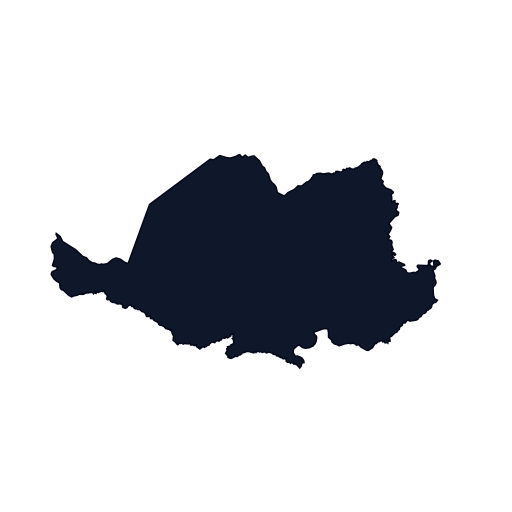 La Plata, Huila, Colombia (orthographic projection), rotated 40°
{"feature_id": "7082276B59987699383018", "entity_name": "La Plata", "entity_type": "district", "adm_level": 2, "iso_a3": "COL", "parent_name": "Colombia", "parent_adm1": "Huila", "projection": "orthographic", "projection_center": [-75.962, 2.328], "detail": "fine", "context": "isolated", "style": "filled", "palette": "ink", "viewbox_px": 512, "rotation_deg": 40, "n_neighbors": 0, "source": "geoboundaries", "source_scale": "gbopen_adm2", "svg_char_len": 6160}
<svg xmlns="http://www.w3.org/2000/svg" viewBox="0 0 512 512"><g transform="rotate(40 256 256)"><path d="M361.5,313.7L361.4,311.2L359.9,308.6L361.3,306.8L359.7,305.4L357.1,304.7L355.5,304.8L351.8,306.1L350.9,307.6L346.7,306.2L344.6,303.4L345.3,298.2L346.3,296.4L350.1,296.3L353.0,295.0L355.6,292.3L357.5,288.3L357.6,285.0L356.7,282.3L354.9,279.5L353.9,278.6L351.1,278.4L349.1,277.6L354.3,268.5L357.6,265.6L360.5,267.8L363.8,271.6L367.9,271.7L369.4,272.9L372.4,273.0L375.7,271.6L377.3,271.5L380.4,266.4L382.9,263.3L384.6,262.5L386.4,260.4L388.4,259.7L390.3,259.7L391.6,257.9L395.2,258.3L401.5,257.0L402.7,256.1L404.2,251.4L403.5,246.8L404.4,245.7L404.5,243.5L405.6,242.2L405.8,240.7L406.6,240.0L408.5,240.3L408.7,238.5L409.3,238.4L410.2,239.5L410.8,239.6L412.0,238.0L413.0,238.0L411.9,236.3L413.5,235.0L411.0,232.9L410.6,231.5L411.4,230.5L411.8,225.9L412.9,223.2L412.4,221.5L413.0,220.2L411.8,218.3L412.6,215.1L411.6,212.9L413.4,211.2L413.1,209.3L413.5,207.5L415.7,207.0L419.9,202.2L420.6,200.6L420.4,198.2L421.2,196.2L420.8,193.2L422.1,191.4L422.3,189.3L421.5,187.6L422.7,186.7L422.6,185.8L423.4,183.9L423.0,181.7L422.1,180.5L422.1,178.9L422.4,177.3L423.5,176.0L423.4,173.2L420.2,173.9L417.1,171.9L412.2,166.7L411.7,165.5L411.9,163.4L411.2,160.8L409.5,159.4L407.4,158.6L405.6,156.1L401.6,153.8L400.9,152.8L401.6,150.6L400.8,148.2L401.6,145.7L401.4,145.0L402.2,144.6L402.2,143.6L398.8,142.6L395.8,144.1L395.3,145.8L398.7,149.1L398.4,150.2L396.4,151.2L394.6,150.9L393.4,149.8L394.0,146.6L392.4,146.9L391.4,148.2L391.5,149.2L393.4,151.4L393.6,153.1L385.9,159.0L385.9,159.9L386.5,160.6L389.7,161.2L390.0,162.9L389.0,166.1L387.3,167.2L384.9,170.3L382.6,171.9L379.6,170.4L374.0,171.8L373.6,171.2L373.8,170.5L375.9,167.7L375.3,167.1L369.4,168.7L368.1,170.6L367.0,170.1L366.2,169.0L365.3,169.1L363.7,170.8L363.2,172.6L362.7,172.7L361.8,171.2L361.8,170.4L362.9,168.6L359.8,168.1L359.0,167.2L359.6,166.5L361.5,166.6L362.1,165.7L361.8,164.9L360.2,164.8L356.6,165.7L356.9,162.9L352.8,160.4L351.3,157.9L349.8,157.1L347.1,158.2L346.5,157.6L346.0,155.1L343.3,154.7L342.6,149.9L341.6,147.0L337.8,146.0L336.9,145.4L337.0,137.0L338.6,133.3L337.3,130.9L334.5,131.0L333.2,130.3L333.1,128.5L331.5,126.1L331.5,124.7L330.7,124.6L329.7,125.8L328.4,126.0L326.8,124.3L326.1,125.2L325.7,127.1L325.1,127.2L322.4,123.9L320.0,122.0L320.5,119.4L320.1,118.8L316.7,118.7L311.5,120.5L307.0,119.7L306.2,119.0L305.6,117.2L302.1,116.9L299.9,111.5L298.5,109.9L297.0,109.4L296.5,109.6L295.4,108.9L293.6,109.2L293.9,108.1L293.3,107.6L291.3,107.9L290.3,107.3L289.6,107.7L289.1,106.7L288.1,106.7L287.4,105.4L286.0,105.2L284.0,105.7L284.2,106.2L283.3,106.8L283.7,107.7L282.4,109.3L282.5,110.4L281.4,111.9L280.4,112.2L280.3,113.2L279.4,114.4L278.7,114.6L277.7,117.8L278.0,118.9L277.1,122.5L277.2,123.8L276.2,123.9L275.4,125.3L275.7,126.8L274.5,126.9L273.6,127.8L271.1,128.3L270.9,129.2L269.2,130.6L269.3,131.9L268.8,132.9L267.6,133.2L267.1,133.9L268.2,134.8L267.6,135.6L267.7,136.9L264.1,138.7L262.9,139.9L263.7,141.3L262.2,142.5L261.8,144.3L258.3,145.9L254.5,150.2L252.3,151.1L249.6,153.7L248.9,155.9L247.8,156.9L248.7,159.1L248.3,160.1L248.7,161.2L248.3,165.4L247.2,166.9L246.0,173.0L243.1,175.3L242.6,180.3L239.7,187.0L239.5,190.3L238.7,192.0L231.6,193.7L227.1,190.3L224.4,189.5L221.2,189.5L217.9,188.6L212.7,185.2L209.5,184.9L205.7,183.0L203.1,183.2L197.3,180.9L190.2,180.6L188.3,182.7L186.7,185.6L182.9,185.6L182.0,189.3L178.7,188.8L177.9,189.2L176.4,192.9L173.4,197.5L170.3,199.5L163.7,202.3L161.9,209.0L161.2,209.9L158.7,211.3L141.3,284.9L162.9,344.1L159.0,345.3L154.2,345.6L150.1,347.4L148.3,350.7L147.2,356.8L146.5,358.1L144.2,360.8L142.7,361.5L142.2,362.6L140.1,364.2L136.9,365.1L135.1,366.4L130.6,367.0L127.2,366.3L123.6,367.7L113.8,367.1L98.5,369.2L93.4,366.9L88.5,367.1L89.0,368.0L91.8,369.2L93.1,370.3L91.7,376.5L93.0,380.4L98.1,384.1L99.7,383.8L102.2,386.3L103.7,388.2L106.2,394.1L107.9,393.9L109.9,392.6L110.7,392.6L112.0,393.5L111.7,395.5L110.0,398.9L110.3,400.6L111.2,401.9L115.9,403.4L119.2,403.5L123.0,402.9L126.2,406.1L128.0,406.8L129.3,406.7L130.1,406.0L137.6,406.5L141.1,405.8L141.8,404.1L144.6,400.5L144.7,399.4L148.6,396.1L148.8,394.5L149.7,393.8L149.9,392.6L151.0,392.4L152.3,390.6L154.3,389.0L155.8,389.4L155.7,387.1L156.7,387.8L157.5,387.6L157.3,385.8L158.7,385.2L160.1,382.2L161.7,381.7L162.5,380.1L163.1,380.1L163.9,381.4L164.9,381.7L166.6,381.4L167.3,382.2L168.6,382.3L168.4,383.4L169.0,384.0L169.2,384.9L170.1,385.1L171.9,383.4L173.9,384.2L175.7,383.8L178.3,382.2L180.4,382.0L183.1,379.6L186.4,379.3L186.5,380.7L187.0,380.9L189.5,380.1L190.3,378.5L190.1,376.6L190.7,374.9L191.4,374.2L193.5,374.4L194.4,373.4L196.0,374.2L197.5,374.1L198.2,373.1L199.7,373.1L201.5,371.7L204.3,371.9L206.1,371.0L208.5,371.2L210.9,372.6L212.1,371.9L213.4,370.0L215.4,371.7L217.2,370.3L219.0,370.9L223.2,370.0L224.8,370.3L225.5,370.9L226.8,370.8L228.6,369.7L230.8,369.2L233.7,369.5L236.7,368.1L239.0,367.8L239.7,367.8L241.7,369.2L244.4,370.3L246.6,373.9L249.6,373.8L252.8,374.4L253.3,373.8L252.9,372.6L254.4,371.5L254.3,370.5L256.9,370.3L257.1,369.4L261.0,366.5L261.4,365.2L263.4,366.2L263.9,365.2L266.6,364.0L267.1,362.4L268.6,363.6L272.8,363.3L273.5,359.7L275.4,358.9L275.3,357.9L276.2,357.1L276.1,356.0L277.2,354.4L276.8,353.6L277.3,351.3L277.0,350.4L280.1,348.9L280.1,346.9L281.2,345.4L282.5,345.0L282.3,343.9L283.3,342.6L282.8,340.5L284.9,339.2L285.4,337.4L286.9,337.0L288.0,333.4L287.1,332.7L288.9,330.2L290.0,332.3L291.3,332.9L291.0,334.5L292.5,334.5L295.2,337.4L293.8,340.6L294.2,341.9L292.5,343.8L293.5,344.3L293.2,345.8L294.7,347.1L295.3,350.1L298.9,350.6L299.3,351.4L299.9,351.6L300.4,350.8L301.1,351.3L302.8,350.4L304.7,346.1L306.4,344.8L306.3,343.2L307.4,342.0L307.9,340.2L307.6,338.6L308.8,338.0L308.8,336.5L309.5,336.7L310.3,335.1L311.9,333.8L316.6,331.6L316.5,329.7L318.0,330.0L318.4,327.7L320.4,327.3L320.7,326.3L322.9,325.8L323.8,324.0L326.5,323.4L327.3,321.6L330.4,320.1L332.4,320.1L334.8,318.7L335.8,319.3L337.2,318.5L340.4,317.9L340.8,317.4L343.0,317.3L344.7,315.3L346.9,317.2L348.4,317.2L349.9,315.9L351.4,316.0L351.4,315.2L352.7,314.0L353.4,314.4L354.1,313.8L354.7,314.4L355.3,313.5L357.6,313.1L361.5,313.7Z" fill="#0f172a" stroke="#020617" stroke-width="1.5"/></g></svg>